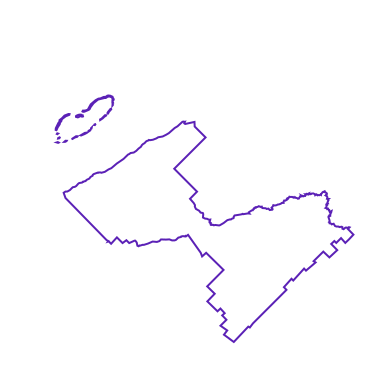 Othón P. Blanco, Quintana Roo, Mexico, rotated 225°
{"feature_id": "50627088B47039366190393", "entity_name": "Othón P. Blanco", "entity_type": "district", "adm_level": 2, "iso_a3": "MEX", "parent_name": "Mexico", "parent_adm1": "Quintana Roo", "projection": "natural_earth1", "projection_center": [-87.878, 18.437], "detail": "fine", "context": "isolated", "style": "outline", "palette": "violet", "viewbox_px": 384, "rotation_deg": 225, "n_neighbors": 0, "source": "geoboundaries", "source_scale": "gbopen_adm2", "svg_char_len": 6074}
<svg xmlns="http://www.w3.org/2000/svg" viewBox="0 0 384 384"><g transform="rotate(225 192 192)"><path d="M55.6,278.4L56.2,278.1L56.7,276.6L58.0,275.8L58.4,274.9L58.5,272.9L59.7,272.4L60.8,273.5L61.6,273.3L63.0,271.4L63.9,271.2L65.5,269.7L66.8,269.1L69.4,269.7L70.3,268.0L70.8,268.2L72.5,267.2L72.8,267.7L73.8,267.6L73.8,268.5L74.9,269.3L77.9,270.8L78.2,271.5L77.5,272.3L77.4,272.8L78.3,273.0L78.1,273.7L79.1,275.1L79.0,275.7L79.9,277.2L80.5,275.4L81.0,275.8L81.9,275.7L82.4,276.3L83.0,276.0L84.0,276.4L84.4,275.6L84.8,275.9L86.2,275.2L86.1,276.3L87.3,277.4L87.2,278.4L87.5,278.5L87.9,277.9L88.3,278.2L88.2,279.4L87.8,280.0L88.8,280.3L89.7,282.7L90.5,282.6L90.8,283.0L90.7,283.6L91.8,282.7L92.4,283.8L93.3,284.4L94.9,284.1L94.6,284.8L94.9,285.3L95.3,285.3L95.3,286.1L96.0,286.4L97.7,286.1L98.7,286.4L99.0,285.5L98.6,285.3L99.4,284.7L99.5,284.1L99.2,282.2L99.4,281.9L98.7,281.1L99.3,280.9L99.8,279.6L101.0,278.9L101.0,278.4L102.5,278.2L102.5,277.6L103.1,277.4L103.0,277.0L103.7,277.3L105.3,276.7L106.8,274.8L106.5,274.5L106.9,273.9L108.1,273.0L108.1,272.5L108.5,272.6L108.6,273.0L109.2,271.4L109.5,271.7L109.8,271.6L109.8,271.0L110.2,270.6L109.7,270.6L110.0,270.1L109.7,270.3L109.2,269.3L109.8,268.8L110.0,268.0L110.9,267.6L110.8,267.3L112.0,266.9L111.5,266.8L111.5,266.3L112.4,265.3L112.1,265.1L112.2,263.8L111.8,263.0L112.4,262.1L113.7,261.9L115.0,260.9L115.3,261.1L115.8,260.4L116.3,260.5L116.4,259.7L117.6,259.4L119.3,257.7L119.8,257.5L119.4,255.5L120.0,255.4L120.2,254.9L120.0,254.0L119.4,254.0L119.4,253.5L120.0,251.7L120.8,251.2L120.5,250.0L119.5,249.1L120.8,247.7L120.9,246.5L121.8,244.6L122.4,244.0L123.0,242.3L123.9,241.0L125.2,240.2L124.7,239.1L124.6,237.1L122.9,236.9L122.7,236.3L124.3,234.2L126.2,234.3L127.2,232.8L128.4,232.6L130.9,230.4L132.3,231.0L132.8,230.0L133.2,230.0L134.3,229.2L134.7,229.2L135.2,227.6L136.4,226.1L136.4,225.4L136.1,225.4L136.6,224.5L136.2,224.2L136.2,223.5L136.5,223.3L136.1,222.1L136.7,221.4L137.5,217.8L137.2,217.4L136.2,217.3L137.3,216.4L140.2,212.4L140.7,212.4L141.4,210.9L145.3,205.5L145.0,204.0L144.2,203.2L144.2,202.7L144.8,201.6L145.1,200.0L145.7,199.6L147.1,197.1L147.7,192.4L148.8,188.2L149.2,187.5L152.3,185.1L153.0,183.9L153.7,183.8L155.3,182.1L155.6,182.1L155.8,182.9L156.6,182.8L157.0,183.4L157.9,182.9L158.5,183.1L158.8,184.2L159.6,185.4L160.3,184.4L162.4,183.7L164.0,182.4L166.2,181.7L168.4,184.3L169.5,184.8L171.4,183.5L173.7,183.8L177.3,182.8L179.7,183.7L180.6,184.8L182.9,185.4L188.6,185.8L188.7,195.8L221.0,195.9L221.0,240.2L236.4,240.2L239.8,243.3L244.9,235.3L246.0,235.1L246.6,236.5L246.9,235.9L247.6,236.0L248.4,234.9L248.7,228.2L249.5,225.0L250.0,217.2L250.8,214.1L252.0,210.5L254.6,206.8L255.1,204.7L256.6,201.3L258.3,199.0L259.3,198.3L259.2,197.8L259.9,196.4L260.2,195.4L260.1,192.9L260.5,191.5L260.6,189.7L260.1,187.9L260.5,184.9L260.5,181.7L261.1,178.7L263.0,176.1L263.2,174.5L263.7,173.2L263.8,167.0L265.3,159.0L265.9,151.8L267.0,148.9L267.9,144.6L269.7,141.5L270.3,141.3L271.8,139.8L272.0,139.1L272.4,139.0L274.1,135.3L274.3,134.0L273.8,133.2L274.4,130.9L274.1,128.9L275.1,126.0L275.0,124.4L275.8,123.4L275.9,122.4L276.4,122.1L276.4,120.9L278.1,118.6L278.3,117.4L278.1,114.3L278.5,112.8L279.7,111.0L279.7,107.0L280.5,104.2L281.8,102.8L282.2,100.7L277.2,98.3L218.3,97.6L216.4,98.2L216.3,97.6L216.0,98.2L212.6,98.2L213.0,106.8L205.0,106.8L204.3,111.5L200.3,111.5L198.2,117.0L197.7,117.5L195.4,117.2L192.6,115.4L191.4,115.9L191.4,116.9L191.0,117.0L189.4,120.0L188.7,120.5L186.7,124.3L184.8,129.1L181.5,131.9L180.3,134.3L180.4,136.5L176.7,140.0L174.5,142.5L171.8,143.7L170.1,145.5L169.5,146.7L169.4,150.1L168.0,152.4L168.2,152.9L167.2,154.4L165.7,155.5L165.6,156.3L164.9,156.3L164.5,158.9L142.9,155.2L139.3,153.6L139.0,159.0L114.6,159.2L114.5,136.0L104.0,136.1L103.8,125.5L89.6,125.7L89.5,129.7L83.2,129.4L83.4,126.1L77.3,126.0L77.3,117.6L69.2,119.0L68.5,113.7L56.4,115.5L57.0,136.6L55.3,137.1L56.0,142.2L56.0,189.6L59.7,189.7L60.3,201.0L57.8,201.0L58.6,217.1L55.8,217.0L54.8,229.6L57.1,229.1L57.0,242.7L48.6,242.9L48.2,253.6L56.8,253.7L56.7,258.0L54.0,258.0L54.0,264.8L47.6,264.4L47.5,269.3L47.7,276.0L55.6,276.1L55.6,278.4ZM319.4,201.1L320.0,200.2L320.2,198.5L321.7,196.7L322.9,193.5L324.2,191.8L325.1,188.7L325.6,182.4L323.9,176.5L325.1,174.1L326.7,172.4L326.4,171.5L325.7,171.7L324.9,172.6L323.1,177.1L323.0,178.4L323.7,180.2L324.4,185.2L323.8,190.9L320.4,196.5L319.5,197.4L319.0,199.7L317.9,201.2L316.1,202.0L316.3,202.9L317.9,202.3L319.4,201.1ZM332.3,139.5L331.6,139.8L331.6,140.1L332.6,142.5L333.4,146.3L334.1,147.4L334.6,148.7L334.4,149.4L335.3,151.1L335.4,152.0L334.8,156.3L333.3,159.8L333.7,160.5L334.5,159.8L336.2,155.9L336.1,152.2L336.5,149.2L335.5,148.0L335.3,146.3L333.4,140.8L332.3,139.5ZM327.1,163.1L325.5,164.0L325.0,165.1L325.1,166.3L323.2,167.4L322.5,168.1L322.5,168.4L322.7,168.5L322.6,168.0L322.8,168.4L324.6,168.6L325.9,167.6L326.9,166.2L327.7,164.2L327.7,163.6L327.1,163.1ZM307.2,185.4L307.8,184.8L307.8,179.9L308.3,178.3L307.8,177.9L307.2,181.0L307.2,183.2L306.9,184.6L306.8,185.3L307.2,185.4ZM308.0,193.6L308.4,193.2L308.0,189.4L307.6,188.0L307.1,187.7L306.8,188.1L307.4,189.8L307.6,193.4L308.0,193.6ZM308.4,159.6L309.6,158.0L310.8,153.3L310.4,153.5L308.9,157.1L308.2,159.4L308.4,159.6ZM312.3,150.5L313.4,149.5L314.5,144.3L314.1,144.8L313.4,147.6L312.2,149.9L312.3,150.5ZM313.9,202.0L312.8,200.2L312.5,200.2L312.6,201.9L313.4,202.4L313.9,202.0ZM316.8,139.6L317.7,138.8L317.8,137.1L317.2,137.7L316.7,139.2L316.8,139.6ZM307.8,164.3L308.4,162.1L307.9,161.4L307.5,163.6L307.8,164.3ZM324.3,137.0L324.8,135.6L324.5,135.1L323.8,136.2L324.0,137.0L324.3,137.0ZM312.1,199.9L312.0,199.4L311.2,198.6L310.7,198.6L310.7,199.2L312.1,199.9ZM321.2,132.7L322.2,132.4L322.7,131.4L321.4,132.1L321.2,132.7ZM315.3,203.0L315.5,202.5L314.6,201.9L315.0,203.0L315.3,203.0ZM328.6,137.5L328.1,137.7L328.0,138.6L328.4,138.4L328.3,138.0L328.7,138.0L328.6,137.5ZM308.4,171.5L308.7,170.9L308.4,170.3L308.0,170.6L308.1,171.4L308.4,171.5ZM308.5,166.7L308.5,165.7L308.3,165.5L308.0,165.9L308.5,166.7ZM310.0,197.8L310.0,197.6L309.4,196.9L309.5,197.7L310.0,197.8Z" fill="none" stroke="#5b21b6" stroke-width="2"/></g></svg>